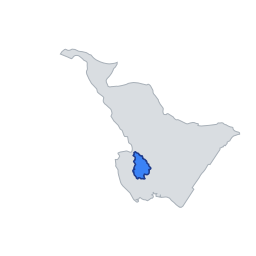 location of Ouest within Cameroon, rotated 303°
{"feature_id": "CMR-798", "entity_name": "Ouest", "entity_type": "Province", "adm_level": 1, "iso_a3": "CMR", "parent_name": "Cameroon", "parent_adm1": "", "projection": "robinson", "projection_center": [10.725, 5.593], "detail": "fine", "context": "in_parent", "style": "filled", "palette": "blue", "viewbox_px": 256, "rotation_deg": 303, "n_neighbors": 0, "source": "natural_earth", "source_scale": "10m", "svg_char_len": 5915}
<svg xmlns="http://www.w3.org/2000/svg" viewBox="0 0 256 256"><g transform="rotate(303 128 128)"><path d="M70.9,172.6L71.3,171.3L74.6,165.1L76.6,155.2L77.5,152.8L78.5,151.3L83.2,146.0L84.9,144.3L87.5,142.4L89.3,138.5L89.9,138.1L90.7,137.8L94.7,134.5L95.1,135.1L95.4,135.9L95.7,136.3L97.0,136.5L98.8,136.5L99.8,136.3L100.4,135.6L100.9,133.8L101.3,133.4L101.7,133.3L103.6,134.6L106.9,138.2L107.7,138.9L108.1,139.6L108.8,142.8L109.2,143.6L109.9,144.0L111.1,143.8L112.5,143.2L113.6,142.4L114.7,141.3L115.5,140.3L115.9,139.6L116.0,136.9L116.3,136.3L120.5,132.4L120.4,132.1L119.7,131.0L119.1,129.8L119.7,128.5L120.4,127.6L122.8,124.4L122.9,122.0L124.9,118.4L126.0,113.5L126.1,112.6L128.6,107.3L131.3,106.8L132.3,106.0L133.5,104.7L134.3,103.5L134.6,102.3L134.9,100.1L135.4,97.5L135.6,95.2L136.5,93.1L137.8,92.1L140.1,91.2L140.5,90.8L140.8,89.4L141.1,84.8L141.5,82.8L143.7,80.5L144.6,76.9L145.5,73.1L147.9,68.5L150.8,64.0L152.1,62.8L153.2,62.2L154.5,62.1L155.4,61.8L158.5,59.5L159.8,58.8L160.7,58.0L161.0,57.3L161.1,56.3L160.8,54.0L161.3,52.2L161.6,49.6L161.7,47.5L161.6,46.8L161.0,45.6L160.1,44.3L158.5,43.5L156.4,43.3L155.3,42.8L154.9,40.4L154.7,38.9L153.2,31.0L155.9,31.0L159.2,32.0L160.0,32.7L160.4,35.4L161.6,36.9L163.7,38.2L165.0,40.8L165.5,44.8L166.6,47.1L166.9,47.5L168.5,52.0L168.6,54.0L168.5,55.4L169.1,57.2L168.2,60.1L167.9,61.9L167.8,64.4L168.4,68.9L169.3,72.3L170.4,75.1L171.5,77.3L173.4,79.7L175.4,81.9L177.2,83.2L175.5,84.1L172.2,84.2L170.3,83.7L169.4,83.7L168.5,84.0L165.0,84.4L161.4,84.2L158.1,83.6L156.1,83.7L154.5,85.0L153.3,87.0L152.1,88.6L152.5,90.4L153.4,91.3L155.1,93.5L156.7,95.5L157.5,96.9L160.5,100.0L163.5,102.7L164.9,103.6L165.4,103.8L167.0,105.4L169.2,107.9L171.3,111.9L174.1,119.9L174.8,120.6L175.7,121.0L175.9,121.9L175.8,123.1L175.5,124.1L173.2,128.3L171.2,129.9L170.6,130.9L169.9,133.3L168.1,138.1L167.3,138.8L165.5,142.0L164.0,146.1L163.7,146.7L163.1,147.2L161.0,148.2L160.3,148.7L159.2,150.0L159.0,150.8L159.5,151.9L160.1,152.8L161.2,152.9L161.8,153.7L161.9,160.0L161.4,161.0L161.4,161.4L161.1,162.5L161.1,163.7L161.2,164.2L161.6,164.6L162.2,165.4L162.5,167.3L163.3,174.1L163.6,175.2L164.2,176.0L166.0,177.4L168.0,179.4L168.6,180.6L169.0,182.7L169.7,184.3L169.7,184.8L169.4,185.0L168.2,185.2L168.6,186.4L169.6,188.4L174.5,194.7L179.3,200.3L180.4,200.7L181.2,200.8L181.6,201.2L182.0,202.0L183.6,204.0L183.9,205.2L183.6,206.3L183.9,208.1L184.2,208.7L184.1,209.3L184.3,211.4L184.7,213.3L185.4,214.9L185.3,216.0L184.4,216.6L183.9,217.7L183.7,219.1L184.0,220.9L184.7,223.0L184.7,224.2L183.6,225.0L182.3,223.6L180.9,222.6L178.8,220.9L176.7,220.3L173.9,220.2L172.8,220.4L170.7,219.1L170.1,218.9L169.2,219.5L168.5,219.5L167.8,219.3L166.2,219.3L166.1,218.3L165.8,218.1L164.1,218.2L163.6,217.4L163.4,217.5L162.7,217.2L161.3,216.1L159.9,216.9L157.0,216.8L142.0,216.7L141.7,215.7L140.9,215.1L139.6,215.1L135.6,215.3L132.6,215.1L130.6,214.7L128.0,214.5L124.9,214.7L121.7,214.6L116.0,214.4L112.8,214.4L112.9,215.0L112.7,215.5L112.5,216.6L92.3,216.6L90.6,215.9L90.1,215.4L90.0,214.4L89.6,214.3L89.9,210.3L90.6,207.0L90.9,203.9L91.8,201.1L91.3,198.4L90.7,197.2L87.6,193.3L89.1,191.9L87.2,192.1L86.8,190.6L85.9,188.9L86.5,188.6L87.0,187.7L88.7,188.0L88.6,187.5L87.2,186.1L87.3,185.3L87.9,184.5L87.6,184.2L86.6,185.0L85.8,185.0L85.2,184.4L84.8,184.3L85.1,185.5L84.5,186.4L83.9,186.8L83.0,186.7L82.2,186.5L82.0,185.9L81.3,185.5L79.3,184.8L77.6,183.9L77.2,181.5L76.5,180.5L76.3,179.4L76.1,178.1L76.3,176.0L75.9,175.7L75.4,175.6L74.7,175.7L74.0,175.6L73.2,174.5L72.5,174.0L72.9,176.1L72.4,176.7L71.2,176.5L70.7,175.7L70.6,175.2L71.1,172.7L70.9,172.6Z" fill="#d9dde1" stroke="#a8b0b8" stroke-width="1"/><path d="M109.0,147.4L109.3,147.4L109.6,147.3L109.8,147.1L110.4,146.5L111.6,146.8L111.8,146.9L112.0,147.1L112.1,147.3L112.1,147.5L111.9,147.9L111.9,148.1L111.8,148.4L111.9,148.7L111.9,149.1L112.2,149.8L112.3,150.2L112.3,150.5L112.0,151.2L112.0,151.6L111.7,151.8L111.8,152.0L111.8,152.3L111.7,152.6L111.5,152.9L111.5,153.2L111.6,153.4L111.6,153.5L111.8,153.7L111.8,154.0L111.7,154.3L111.7,154.5L111.8,154.7L111.9,154.8L112.1,154.7L112.2,154.8L112.3,155.0L112.0,155.2L111.8,155.9L111.7,156.0L111.4,156.1L111.2,156.5L110.7,156.8L110.9,157.0L110.8,157.3L110.6,157.6L110.4,157.9L110.5,158.1L110.7,158.5L110.7,158.8L110.8,159.4L110.7,159.7L110.6,160.2L110.5,160.3L110.4,160.5L110.2,160.8L110.5,161.1L110.4,161.3L110.3,161.6L110.2,161.7L110.0,161.8L109.6,162.5L109.4,162.7L109.2,162.8L108.9,163.0L108.8,163.3L108.8,163.5L108.8,163.9L108.8,164.0L108.7,164.5L108.7,164.8L108.8,165.1L108.5,165.3L108.1,165.5L107.9,165.7L107.6,166.0L107.5,166.5L107.4,166.9L107.3,167.4L107.0,168.4L106.9,168.5L106.8,169.0L106.6,169.1L106.1,169.2L105.8,169.2L105.6,169.1L104.9,168.4L104.5,168.2L104.4,168.2L104.3,168.4L104.2,168.4L104.2,168.5L104.1,168.8L103.9,168.9L103.8,169.0L101.7,170.2L101.3,170.2L100.1,170.0L99.9,169.9L99.7,169.7L99.2,169.4L99.1,169.2L98.8,168.4L98.7,168.1L98.5,167.8L98.4,167.2L98.2,166.9L97.8,167.0L97.6,167.0L97.3,167.2L97.1,167.2L96.8,167.1L96.6,167.1L96.3,167.4L96.3,167.6L96.2,167.8L96.0,168.0L95.4,168.5L95.2,168.8L94.9,169.7L94.7,169.7L94.4,169.7L94.2,169.0L93.9,168.7L93.7,168.6L93.7,168.4L93.6,168.2L93.5,167.8L93.5,167.7L93.4,167.6L92.9,167.2L92.7,166.6L92.5,166.4L92.7,165.9L92.6,165.2L92.4,164.7L92.3,164.3L92.2,164.2L91.7,163.8L91.5,163.7L91.4,163.7L91.2,163.8L91.1,164.0L90.9,164.0L90.5,163.6L90.6,162.4L91.2,161.9L91.8,160.1L91.9,159.8L92.0,159.1L92.1,158.8L92.4,158.5L93.5,157.3L94.2,157.0L94.3,156.8L94.3,156.7L94.0,156.1L94.9,155.3L95.1,155.2L95.5,155.2L96.2,155.4L96.3,155.5L96.5,155.6L96.6,155.8L96.6,156.0L96.8,156.1L97.1,156.0L97.2,155.8L97.4,154.8L100.1,154.2L100.4,154.2L101.2,154.3L101.5,154.2L102.2,152.9L102.8,151.3L102.9,151.2L103.0,151.0L103.2,150.9L103.4,150.9L104.5,151.1L105.2,151.3L105.4,150.9L105.7,150.9L106.4,150.6L107.1,150.2L107.3,150.0L107.4,149.8L107.5,149.6L107.7,148.5L107.6,147.7L107.8,147.3L109.0,147.4Z" fill="#3b82f6" stroke="#1e3a8a" stroke-width="1.5"/></g></svg>